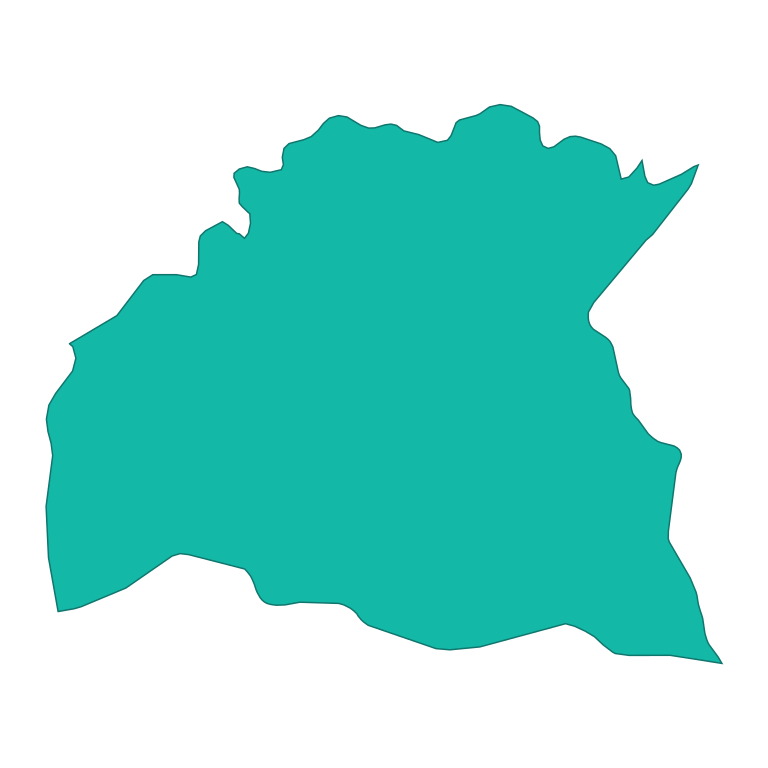 Soriano, Robinson projection
{"feature_id": "URY-11", "entity_name": "Soriano", "entity_type": "Department", "adm_level": 1, "iso_a3": "URY", "parent_name": "Uruguay", "parent_adm1": "", "projection": "robinson", "projection_center": [-57.662, -33.492], "detail": "fine", "context": "isolated", "style": "filled", "palette": "teal", "viewbox_px": 768, "rotation_deg": 0, "n_neighbors": 0, "source": "natural_earth", "source_scale": "10m", "svg_char_len": 2621}
<svg xmlns="http://www.w3.org/2000/svg" viewBox="0 0 768 768"><path d="M58.1,611.5L48.5,557.7L46.1,506.4L52.7,455.6L51.1,443.3L48.0,431.6L46.4,419.2L48.9,405.1L55.6,393.5L72.6,371.0L75.9,358.2L72.8,346.6L69.5,343.8L69.5,343.7L116.9,315.6L143.7,280.5L152.8,274.7L176.6,274.7L190.8,277.1L196.4,274.5L198.6,264.4L198.8,242.0L200.3,236.0L205.6,230.7L222.4,221.7L228.2,225.3L236.7,233.4L239.3,233.8L244.5,238.3L248.4,233.2L250.5,223.3L249.8,213.6L248.4,212.6L242.1,206.5L239.3,203.2L239.1,198.6L239.5,193.3L239.3,189.3L233.9,177.5L234.1,173.3L239.3,169.0L247.3,166.8L254.5,168.5L261.7,171.3L270.2,172.3L281.3,169.7L283.4,164.7L282.3,157.4L284.0,148.4L289.0,143.6L303.8,139.7L311.2,136.6L318.3,130.2L323.4,123.5L329.3,118.2L338.4,115.6L347.0,117.0L361.0,125.4L368.7,128.1L374.8,127.9L385.2,124.8L391.1,124.1L396.6,125.4L403.9,130.9L418.8,134.6L437.8,142.4L447.4,140.3L451.1,135.6L456.1,122.7L459.5,120.0L476.1,115.5L479.9,113.8L489.5,107.0L500.1,104.6L511.2,106.3L533.0,117.9L537.6,121.6L539.5,126.1L539.5,132.7L540.2,140.1L542.8,145.9L548.1,148.4L553.9,146.8L564.1,139.2L570.1,136.6L575.6,136.2L580.7,137.1L601.1,143.9L609.8,148.6L615.7,155.8L621.2,179.1L628.8,177.0L636.9,168.2L642.0,160.5L644.9,176.3L647.7,182.7L653.6,185.2L659.1,184.2L681.4,174.3L693.9,166.6L698.2,165.0L691.4,183.7L688.1,189.1L652.6,234.5L646.0,240.2L593.8,302.5L588.4,312.1L588.2,317.5L588.7,321.3L589.8,324.5L591.3,326.9L593.3,329.2L606.0,337.6L608.2,339.5L610.2,341.7L611.6,344.3L612.9,347.0L618.4,372.4L619.4,375.3L620.8,377.9L628.8,388.5L629.0,388.8L629.6,390.4L630.6,398.0L630.9,405.0L631.6,409.6L632.6,413.2L634.2,415.6L636.1,417.8L638.2,419.9L648.3,433.9L652.7,437.9L657.6,441.3L660.6,442.5L674.3,446.1L677.2,447.9L679.6,450.1L681.2,454.0L681.2,457.5L680.3,460.7L679.2,463.5L677.9,466.2L676.8,469.3L675.9,472.7L668.4,530.9L668.2,538.3L668.7,540.3L669.5,542.4L690.2,578.0L696.0,592.0L696.9,595.3L698.3,604.1L700.3,611.0L701.5,614.4L702.7,618.5L704.9,633.4L706.7,639.5L707.8,642.3L709.2,644.9L718.0,656.8L721.9,663.4L670.2,655.3L629.2,655.4L615.2,653.5L612.5,652.0L603.1,644.8L594.6,636.8L585.3,631.2L574.6,626.2L565.5,623.7L479.9,646.9L449.9,649.8L436.0,648.6L368.2,625.3L363.4,621.8L361.1,619.6L357.8,615.6L358.5,616.3L357.7,615.2L356.7,613.6L354.0,611.0L350.4,608.2L343.7,604.8L338.7,603.4L299.9,602.2L285.0,604.9L276.2,605.2L271.1,604.5L267.2,603.5L265.0,602.3L263.7,601.4L261.9,599.8L260.2,597.7L257.3,592.6L256.1,589.8L254.2,583.9L251.8,578.4L250.4,575.8L247.3,571.8L244.7,569.0L188.6,554.6L180.1,553.6L172.1,556.0L125.9,588.0L81.2,606.7L74.3,608.7L58.4,611.5L58.2,611.5L58.1,611.5Z" fill="#14b8a6" stroke="#0f766e" stroke-width="1.5"/></svg>